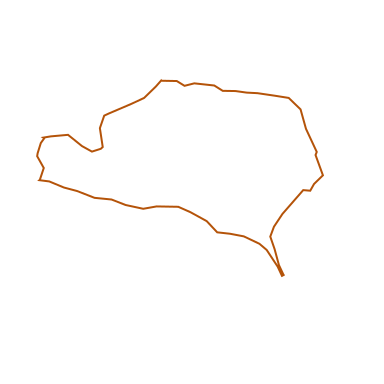 Prastio Pafou, Paphos, Cyprus, rotated 245°
{"feature_id": "46923920B40507921688401", "entity_name": "Prastio Pafou", "entity_type": "district", "adm_level": 2, "iso_a3": "CYP", "parent_name": "Cyprus", "parent_adm1": "Paphos", "projection": "orthographic", "projection_center": [32.693, 34.785], "detail": "fine", "context": "isolated", "style": "outline", "palette": "amber", "viewbox_px": 384, "rotation_deg": 245, "n_neighbors": 0, "source": "geoboundaries", "source_scale": "gbopen_adm2", "svg_char_len": 940}
<svg xmlns="http://www.w3.org/2000/svg" viewBox="0 0 384 384"><g transform="rotate(245 192 192)"><path d="M267.2,58.7L261.9,67.1L250.2,77.8L241.5,88.2L227.9,101.2L219.2,115.9L208.3,126.3L197.4,140.7L193.9,153.8L184.4,173.3L174.3,182.1L159.4,193.0L144.8,197.8L138.1,208.8L129.9,220.2L116.6,231.2L107.9,235.2L88.2,238.1L78.0,238.1L78.1,240.0L78.8,239.9L89.1,239.9L105.2,242.7L118.5,244.1L125.9,251.6L133.9,264.7L146.7,293.6L143.2,299.7L147.7,306.0L151.8,317.7L173.3,319.6L175.6,322.0L201.1,322.0L221.0,325.3L236.4,319.4L244.3,307.7L253.9,293.1L259.0,283.5L265.1,274.1L270.7,262.6L279.1,257.2L289.5,240.0L291.4,230.1L299.0,225.1L305.9,211.0L306.0,211.0L302.9,203.9L297.5,188.4L297.5,174.3L298.3,149.7L298.3,144.7L288.8,135.5L270.5,130.1L269.7,127.6L270.9,118.4L280.1,111.7L296.2,103.8L302.1,87.5L304.1,80.3L303.2,80.9L300.3,75.7L292.4,68.5L289.9,66.8L276.4,67.8L267.4,59.3L267.2,58.7Z" fill="none" stroke="#b45309" stroke-width="2"/></g></svg>